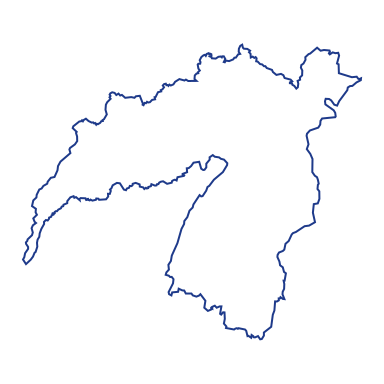 Aipe, Huila, Colombia
{"feature_id": "7082276B31723879079802", "entity_name": "Aipe", "entity_type": "district", "adm_level": 2, "iso_a3": "COL", "parent_name": "Colombia", "parent_adm1": "Huila", "projection": "albers", "projection_center": [-75.403, 3.239], "detail": "fine", "context": "isolated", "style": "outline", "palette": "blue", "viewbox_px": 384, "rotation_deg": 0, "n_neighbors": 0, "source": "geoboundaries", "source_scale": "gbopen_adm2", "svg_char_len": 5859}
<svg xmlns="http://www.w3.org/2000/svg" viewBox="0 0 384 384"><path d="M284.6,280.7L285.9,273.3L284.0,271.9L282.8,267.3L280.1,265.3L279.4,261.5L277.4,257.0L277.6,254.9L279.0,252.5L282.8,251.0L284.3,249.6L285.5,243.8L288.7,241.0L291.7,234.5L293.0,233.1L295.9,232.0L304.6,226.2L309.1,225.6L315.0,222.2L312.9,212.7L313.8,204.1L317.8,203.4L319.4,198.9L319.3,191.3L317.5,189.0L317.9,184.8L318.7,183.7L317.9,179.8L317.0,177.2L314.8,175.7L312.3,172.1L312.5,159.0L310.3,153.9L306.8,149.1L308.5,144.3L306.6,135.8L307.0,133.7L309.9,130.5L318.3,127.6L320.2,124.6L320.5,120.9L322.1,118.5L335.2,117.2L335.7,116.4L335.2,112.8L333.7,110.3L325.4,104.4L325.0,101.3L325.7,98.8L329.1,99.0L331.2,100.4L334.3,104.7L337.1,105.6L339.2,101.1L347.3,90.2L347.8,87.5L350.0,86.1L352.4,85.9L356.5,82.4L360.8,80.2L361.0,78.3L359.2,79.1L358.3,78.8L356.7,76.7L351.9,77.2L338.9,73.2L338.6,64.3L337.0,63.5L339.1,55.6L338.2,52.8L335.5,53.2L332.7,52.4L329.8,54.4L328.9,53.4L329.9,51.6L329.5,50.5L324.0,50.0L320.6,50.7L317.1,47.7L310.1,53.6L308.6,54.1L305.3,57.2L305.5,59.8L303.5,63.5L301.3,65.1L300.9,67.7L302.3,70.5L302.1,75.4L299.9,77.5L300.1,79.7L297.6,80.9L298.3,83.6L297.8,87.3L296.3,88.6L294.3,85.9L292.4,84.8L292.1,83.5L289.9,83.2L289.9,82.4L292.2,81.3L290.6,79.6L284.6,78.0L283.4,75.2L281.0,73.9L276.4,74.9L272.9,72.0L272.0,69.9L266.7,68.0L265.4,66.2L264.0,66.2L262.1,64.4L260.1,64.1L257.7,61.6L256.2,61.3L256.6,58.3L255.6,57.1L254.3,57.9L252.7,56.6L250.8,57.5L250.5,53.7L249.0,52.2L250.1,50.7L247.3,48.9L243.9,48.7L242.9,47.7L242.2,44.7L240.3,45.8L238.9,48.7L238.7,51.8L240.1,53.9L238.1,54.4L235.9,57.6L234.4,57.7L233.2,59.4L229.1,61.1L225.9,60.6L224.8,62.3L223.8,62.0L225.3,59.0L223.8,56.3L222.3,56.3L221.8,57.4L220.6,56.5L218.4,56.8L215.7,58.6L211.9,58.3L211.4,57.1L210.0,56.5L211.5,55.7L211.3,54.2L210.1,53.7L209.2,54.4L208.6,53.2L206.8,53.9L205.8,55.9L204.9,54.8L203.5,55.3L201.4,57.0L199.7,60.2L200.5,62.1L200.2,63.7L198.3,63.8L197.7,64.6L198.4,68.6L199.8,70.5L197.9,72.3L198.2,73.2L196.5,73.6L194.8,75.4L194.5,79.0L196.5,80.9L188.2,81.0L185.9,79.6L184.5,80.5L179.4,79.1L175.1,81.8L173.4,84.4L170.8,85.5L169.4,84.6L168.4,85.9L167.6,85.0L166.4,85.2L165.8,83.7L164.1,84.1L162.8,85.5L164.0,87.3L162.4,89.4L160.8,90.1L161.2,91.4L158.0,92.2L155.6,97.0L154.6,97.2L155.1,99.3L152.1,99.9L149.9,102.2L148.1,102.5L147.0,101.8L146.0,103.2L144.6,102.9L143.5,105.2L142.6,104.7L142.9,103.7L139.8,95.8L135.9,96.3L134.5,97.8L131.3,97.1L125.2,97.8L121.9,94.9L120.2,95.5L118.5,93.6L116.3,95.0L114.6,92.9L112.2,92.3L110.3,93.4L109.6,94.7L110.5,96.0L109.5,97.3L110.6,98.8L107.2,102.2L105.9,104.7L105.5,109.8L106.8,114.4L104.0,119.2L102.6,120.1L102.8,121.0L101.3,121.2L100.2,122.8L97.9,124.2L96.9,123.8L96.2,124.7L95.1,123.0L94.1,123.4L93.2,122.4L91.7,122.6L88.5,121.0L85.9,118.7L83.7,120.0L82.9,121.3L82.0,120.3L81.2,121.2L79.3,121.5L73.3,126.3L72.7,128.1L76.7,131.9L76.0,132.9L77.1,136.5L77.2,141.1L74.9,144.4L70.1,147.9L69.4,149.4L70.4,153.1L60.5,161.6L58.0,166.1L57.5,170.3L54.5,177.0L50.8,177.8L47.7,181.7L47.2,183.7L43.4,185.9L41.6,188.5L39.3,189.5L36.7,194.8L36.4,197.5L33.3,200.4L32.0,206.1L35.9,208.8L35.6,212.3L36.9,214.8L33.3,218.4L34.6,221.8L36.0,223.0L32.9,225.3L31.6,228.2L32.8,232.5L32.0,235.2L27.6,239.4L27.3,240.9L25.9,242.4L26.1,243.9L28.1,246.9L28.1,248.9L25.1,253.2L24.3,257.2L23.0,259.5L26.0,264.1L30.7,259.7L33.0,256.6L34.6,252.7L35.6,252.0L37.3,246.7L37.0,242.8L37.6,239.6L39.3,236.8L39.7,233.3L41.4,228.8L44.1,224.0L44.0,221.9L45.9,220.0L47.7,220.5L49.0,218.8L49.1,217.6L51.2,216.8L51.6,215.3L53.0,214.8L52.6,214.1L53.6,213.9L53.2,213.2L54.7,213.1L54.7,212.0L55.8,211.2L57.0,211.2L58.3,209.6L60.9,208.3L61.7,206.6L63.2,206.2L63.5,204.7L67.2,203.2L67.3,201.1L70.4,197.3L73.6,196.2L74.3,197.8L76.0,197.1L79.6,200.1L79.4,199.1L80.6,198.1L85.5,198.3L86.2,200.0L87.7,199.7L87.8,198.1L88.5,200.0L89.7,200.4L90.5,199.6L92.4,200.6L95.9,199.8L96.3,198.5L98.4,198.7L99.1,199.8L106.1,199.3L108.2,196.5L108.0,193.8L109.8,193.9L110.8,190.9L110.0,189.5L111.3,188.5L112.7,185.3L116.9,182.9L119.9,183.3L123.9,189.6L126.0,190.2L126.9,188.5L129.0,187.8L129.8,185.9L131.5,186.1L132.5,185.3L132.7,183.8L135.7,182.9L139.6,184.4L139.8,186.6L143.2,187.4L144.3,189.0L145.9,187.8L146.8,188.5L148.2,188.1L148.3,187.0L150.9,186.2L151.4,184.2L155.0,185.6L156.5,185.4L157.0,184.2L158.4,184.1L159.2,182.6L160.9,181.7L163.1,181.3L167.1,183.8L171.7,182.7L172.1,181.0L173.4,180.2L174.9,179.7L176.6,180.5L177.5,177.2L183.9,175.9L184.2,175.4L182.6,174.5L182.6,173.9L187.1,172.2L186.8,168.3L188.7,168.1L191.1,166.1L193.5,162.7L199.2,161.8L201.2,168.7L203.2,170.0L204.5,169.8L206.3,167.4L206.3,163.7L209.7,159.6L209.6,157.3L212.8,155.1L214.7,156.7L219.1,157.4L220.9,158.8L224.0,159.6L227.3,163.2L227.1,165.1L222.9,172.1L213.9,179.7L209.3,185.8L207.5,187.0L206.2,190.7L202.6,196.1L201.2,196.4L199.6,195.1L193.4,204.5L192.7,207.5L189.5,210.7L187.3,217.2L184.3,221.1L184.1,224.0L181.5,228.9L177.4,243.2L171.8,255.6L170.9,261.0L168.4,264.8L168.9,269.6L166.4,272.4L165.7,274.8L168.8,275.7L170.1,277.0L171.7,276.9L173.5,279.2L173.0,283.4L168.6,292.1L169.1,294.2L171.4,295.4L172.2,292.4L178.1,291.8L178.7,288.7L182.3,290.4L184.2,290.5L185.8,293.5L191.4,293.5L192.8,295.4L196.4,296.6L199.0,295.6L200.4,294.2L205.4,300.8L204.3,307.7L207.9,310.9L211.2,309.5L211.2,308.2L212.3,308.7L212.1,306.9L214.8,305.7L216.7,307.7L219.7,306.4L221.4,306.4L220.1,313.8L221.2,314.6L223.1,312.3L224.5,312.4L224.8,318.9L223.9,323.6L226.4,326.5L226.0,328.0L234.1,329.5L235.4,328.6L236.9,328.2L237.9,328.8L238.6,328.2L245.0,329.5L246.2,330.8L247.5,336.1L248.3,335.8L251.1,337.7L251.6,335.0L253.3,336.2L253.5,337.2L255.0,337.4L258.0,336.1L260.2,339.3L261.8,339.0L263.9,335.6L263.9,332.5L271.2,326.8L272.8,314.8L274.4,310.5L275.1,301.4L276.9,301.5L278.8,300.4L278.7,298.4L280.1,298.3L280.5,297.2L282.8,298.9L284.4,299.1L282.5,294.3L282.7,291.8L284.1,288.9L284.3,284.0L283.6,280.7L284.6,280.7Z" fill="none" stroke="#1e3a8a" stroke-width="2"/></svg>